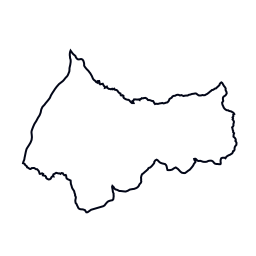 Pedro Afonso, Tocantins, Brazil (Albers equal-area conic projection), rotated 356°
{"feature_id": "56859067B14151353864434", "entity_name": "Pedro Afonso", "entity_type": "district", "adm_level": 2, "iso_a3": "BRA", "parent_name": "Brazil", "parent_adm1": "Tocantins", "projection": "albers", "projection_center": [-48.016, -9.204], "detail": "fine", "context": "isolated", "style": "outline", "palette": "ink", "viewbox_px": 256, "rotation_deg": 356, "n_neighbors": 0, "source": "geoboundaries", "source_scale": "gbopen_adm2", "svg_char_len": 5835}
<svg xmlns="http://www.w3.org/2000/svg" viewBox="0 0 256 256"><g transform="rotate(356 128 128)"><path d="M76.1,46.8L75.6,47.9L75.3,49.0L75.1,50.1L75.0,51.4L75.1,52.7L75.1,54.2L75.5,55.8L75.5,57.1L75.4,58.2L74.8,60.9L74.1,63.2L73.8,64.3L73.7,65.7L73.4,67.5L72.1,70.2L71.5,71.3L70.7,72.3L69.4,73.4L67.2,75.8L66.2,76.7L64.4,77.9L62.2,79.4L61.3,80.3L59.7,81.9L57.8,84.1L56.4,86.0L55.6,87.0L54.8,88.1L53.4,90.1L52.7,91.5L52.3,92.3L51.7,93.1L50.0,95.0L47.2,97.9L46.6,98.7L45.1,100.1L44.2,100.9L42.9,103.2L42.5,104.4L42.2,105.6L41.9,106.6L41.3,107.9L40.6,109.3L39.0,111.4L37.0,114.6L36.2,115.7L35.2,117.0L34.5,118.2L33.3,120.5L32.2,122.9L31.6,124.4L31.4,125.9L31.5,128.4L31.5,130.5L31.3,131.6L31.0,133.1L30.4,134.4L29.7,135.8L28.1,138.1L26.3,140.5L25.5,141.6L25.0,142.8L24.4,144.6L23.1,149.3L22.7,150.6L22.5,151.7L22.1,152.8L21.4,154.1L20.8,155.8L22.3,156.5L22.9,157.8L23.8,158.6L24.5,159.3L24.6,160.2L25.6,160.7L26.3,161.3L27.1,161.9L28.0,162.1L29.1,161.3L30.6,161.3L31.7,161.4L32.6,162.1L33.4,162.7L34.5,162.8L35.9,164.6L36.3,165.9L36.7,167.5L38.1,167.6L39.1,167.2L40.2,167.9L39.8,169.3L42.1,170.0L42.8,171.0L42.9,172.1L43.9,173.1L45.2,173.8L46.4,173.7L47.4,173.1L48.2,171.7L49.3,170.9L50.3,171.1L50.0,169.9L50.4,169.0L51.7,168.5L53.2,167.7L55.6,168.5L56.6,168.5L57.4,169.1L58.5,168.3L59.8,168.6L60.3,169.7L61.2,170.7L62.6,170.5L63.0,171.5L63.0,172.7L63.3,174.1L64.5,175.0L65.9,175.7L67.1,176.4L67.1,179.6L67.7,182.0L68.0,183.6L68.5,184.8L69.2,186.0L69.9,187.3L70.1,188.9L70.6,190.6L70.5,191.8L71.0,192.7L71.1,193.9L70.4,196.5L70.4,198.0L70.6,199.3L71.4,200.3L71.8,201.6L72.4,203.0L72.7,203.9L73.2,204.8L74.3,205.5L75.2,205.8L76.3,205.9L77.4,206.1L78.4,206.5L79.4,207.0L79.9,208.1L80.6,209.2L81.8,209.2L85.5,207.0L97.8,204.3L99.2,203.6L99.8,202.9L100.5,202.1L101.9,200.7L102.8,200.0L104.0,199.5L105.3,199.2L107.5,198.9L108.4,197.9L109.0,194.9L108.9,193.8L109.1,192.5L108.6,191.1L108.4,190.0L108.4,189.0L108.0,185.6L108.4,184.7L109.5,185.9L110.3,187.5L111.2,188.4L112.5,188.8L113.8,189.5L114.9,190.2L116.6,190.4L120.3,191.1L121.3,191.2L122.4,190.9L123.9,190.4L125.3,189.6L126.7,189.4L128.8,189.2L129.7,189.2L131.8,188.6L133.4,187.8L134.7,186.5L135.5,185.0L136.8,183.8L137.5,182.5L137.4,181.0L137.6,179.9L137.5,178.5L137.8,177.4L138.2,176.2L138.9,175.0L140.0,174.4L142.3,172.6L143.2,172.0L144.0,171.3L144.9,170.7L145.4,169.7L146.2,169.2L147.3,169.0L148.6,168.0L149.6,167.1L150.3,166.3L151.1,165.5L151.7,164.7L151.9,163.5L153.0,162.2L154.3,161.6L155.2,162.1L157.0,164.2L158.0,165.0L159.9,165.8L161.0,166.1L162.5,166.6L163.4,167.7L163.8,168.7L164.0,170.1L164.2,171.5L164.5,172.7L165.8,172.9L167.6,172.9L169.4,172.5L170.2,171.9L171.5,171.2L172.9,170.7L173.9,171.5L174.8,172.2L175.5,173.0L176.2,173.9L177.0,174.9L177.7,175.6L178.5,176.3L179.8,176.7L180.8,176.9L181.8,176.9L182.8,176.3L183.6,175.8L184.6,175.1L185.8,174.4L186.7,173.9L188.5,172.1L189.8,170.7L190.5,169.8L191.2,168.5L192.9,166.6L192.7,165.5L192.0,164.5L191.8,163.5L192.8,163.3L193.6,163.7L194.3,164.5L194.9,165.3L195.8,165.8L197.9,165.8L199.1,166.3L200.2,166.8L201.5,167.1L203.0,167.2L204.3,167.1L205.2,166.7L206.2,166.4L207.8,166.3L209.1,166.5L210.0,167.0L210.7,167.7L211.5,168.9L212.4,169.7L213.8,170.1L215.1,170.2L216.4,170.5L217.7,170.5L218.1,169.5L218.0,168.2L218.1,166.7L218.4,165.7L218.9,164.7L220.0,164.3L221.0,164.3L222.2,164.4L223.1,165.0L224.1,163.6L225.3,162.8L226.6,162.2L227.9,161.8L229.0,161.2L230.1,160.6L230.8,159.7L231.1,158.5L232.3,158.0L232.8,156.9L232.9,155.4L233.4,154.1L234.0,153.3L234.9,152.4L235.1,151.3L235.2,150.3L234.8,149.3L234.2,148.4L234.7,147.6L234.5,146.4L233.8,145.2L232.6,144.0L232.9,142.0L233.5,140.6L232.6,139.6L232.7,138.2L232.3,137.2L232.2,135.9L231.9,134.6L232.9,133.8L233.4,132.8L233.4,131.3L233.9,130.2L234.1,129.2L233.7,127.8L232.9,126.8L233.5,125.6L233.0,124.7L233.9,123.7L233.9,122.1L235.0,121.5L234.2,120.1L233.2,119.5L232.4,118.8L231.3,118.4L230.1,118.1L229.3,117.4L227.9,117.2L226.7,116.5L225.7,115.5L224.9,114.3L224.6,113.2L224.0,111.8L223.7,110.5L223.7,109.1L224.4,108.4L224.9,107.6L224.7,106.6L224.7,105.4L224.9,104.3L225.5,103.4L227.3,102.4L228.2,101.5L228.9,100.2L228.7,98.6L228.1,97.4L228.0,96.5L228.2,95.4L227.6,94.1L226.6,92.7L225.1,89.6L224.3,89.0L223.3,89.7L222.6,90.5L222.2,91.6L220.9,92.7L219.6,93.7L218.6,94.6L217.6,94.7L216.4,95.4L215.4,95.9L214.3,96.0L213.1,97.0L212.2,97.5L211.5,98.1L209.4,99.5L208.4,99.9L207.0,100.6L205.7,100.6L204.6,100.3L203.2,100.6L202.0,100.6L200.8,100.4L199.5,99.4L198.6,98.5L197.5,98.2L196.0,98.4L194.2,98.5L192.4,99.0L190.8,99.2L189.8,99.8L188.4,99.7L187.0,99.7L185.7,100.0L183.5,98.9L182.1,99.2L180.9,98.5L179.6,98.3L178.5,98.5L177.3,99.1L175.5,99.2L174.4,99.8L173.7,100.8L171.5,101.9L170.4,104.0L169.1,105.2L167.6,105.4L166.3,105.8L164.9,105.9L164.0,105.4L162.8,105.6L161.2,105.7L160.0,106.0L158.8,106.0L157.6,105.7L156.6,106.0L156.0,105.1L155.4,103.8L155.0,102.9L153.5,102.6L152.4,102.0L151.3,101.6L149.9,101.5L148.9,100.1L147.6,99.2L146.1,99.2L144.9,99.5L143.8,99.2L143.1,99.9L142.1,100.0L141.6,101.0L140.4,100.2L139.1,100.3L137.5,100.0L136.0,99.9L135.5,100.8L134.4,101.4L135.0,102.5L135.3,103.5L133.7,103.4L132.7,102.5L131.3,100.6L130.6,99.9L129.5,99.8L127.9,99.2L126.7,98.4L125.9,97.7L125.5,96.7L125.8,95.8L124.9,94.9L123.5,95.1L122.9,94.4L122.9,93.1L121.7,92.4L120.9,91.5L120.3,90.4L119.3,89.3L117.7,89.0L117.0,87.8L115.6,88.4L114.9,87.7L113.7,88.2L112.7,87.8L111.5,87.6L110.2,86.5L109.8,85.3L108.9,86.0L107.7,86.3L107.9,85.3L106.8,84.2L105.9,82.1L104.4,82.3L103.3,82.5L102.7,81.7L102.8,80.5L102.5,79.1L101.0,79.1L100.7,80.7L99.4,79.9L98.5,78.6L97.3,77.6L96.5,76.4L95.5,73.5L94.8,72.1L94.2,70.8L93.6,70.0L93.0,69.0L92.3,68.0L91.4,67.0L90.5,65.9L88.9,63.5L88.6,62.5L88.7,61.4L88.7,60.4L88.5,59.2L88.1,57.7L87.3,56.5L86.0,55.9L84.5,56.1L83.0,56.1L82.0,55.4L81.4,54.6L80.9,53.7L80.6,52.6L79.8,51.7L78.8,50.8L77.9,49.7L76.1,46.8Z" fill="none" stroke="#020617" stroke-width="2"/></g></svg>